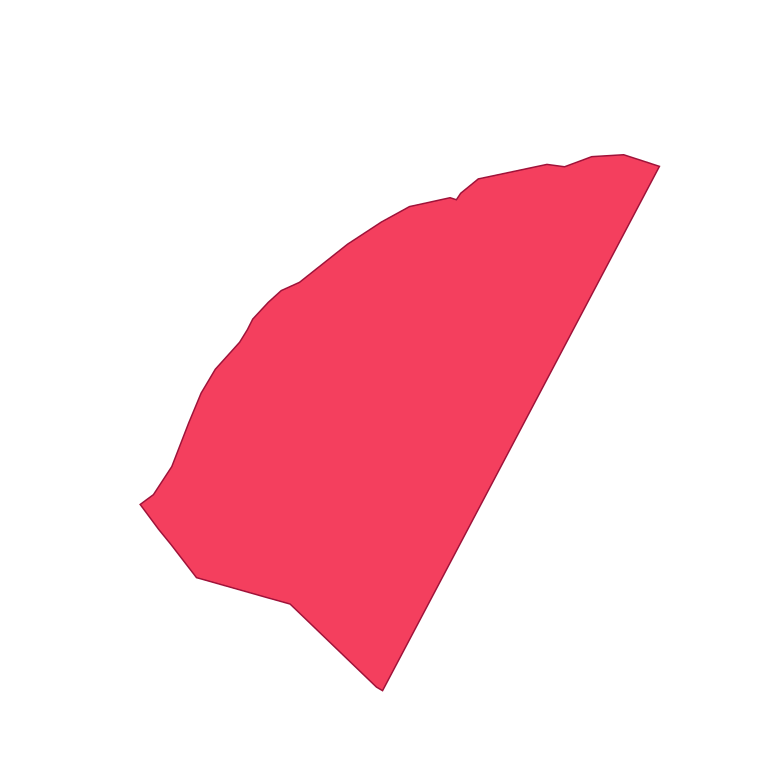 Ruby Estate, Soufrière, Saint Lucia (orthographic projection), rotated 18°
{"feature_id": "8701671B78745731328632", "entity_name": "Ruby Estate", "entity_type": "district", "adm_level": 2, "iso_a3": "LCA", "parent_name": "Saint Lucia", "parent_adm1": "Soufrière", "projection": "orthographic", "projection_center": [-61.05, 13.858], "detail": "fine", "context": "isolated", "style": "filled", "palette": "rose", "viewbox_px": 768, "rotation_deg": 18, "n_neighbors": 0, "source": "geoboundaries", "source_scale": "gbopen_adm2", "svg_char_len": 612}
<svg xmlns="http://www.w3.org/2000/svg" viewBox="0 0 768 768"><g transform="rotate(18 384 384)"><path d="M265.5,626.1L338.5,623.3L362.7,622.3L470.5,674.6L476.0,675.8L477.4,676.1L578.7,91.9L541.1,91.9L511.3,103.6L488.6,121.6L471.1,124.8L410.3,159.8L398.0,178.9L395.9,186.4L389.3,186.4L353.4,207.4L331.5,230.7L306.2,262.2L272.2,313.4L257.4,326.9L248.7,342.1L239.1,362.8L238.2,368.6L237.3,374.5L233.8,388.9L219.0,422.1L215.3,438.6L212.9,449.1L211.8,462.9L210.3,481.4L207.7,528.1L198.9,560.5L189.3,573.9L208.3,587.4L214.6,591.9L230.9,602.4L265.5,626.1Z" fill="#f43f5e" stroke="#9f1239" stroke-width="1.5"/></g></svg>